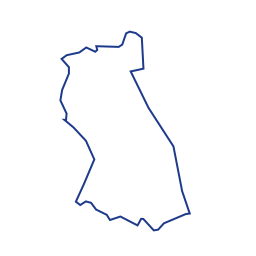 an SVG outline of Rhondda, Cynon, Taff, rotated 16°
{"feature_id": "GBR-2115", "entity_name": "Rhondda, Cynon, Taff", "entity_type": "Unitary Authority (wales)", "adm_level": 1, "iso_a3": "GBR", "parent_name": "United Kingdom", "parent_adm1": "", "projection": "equal_earth", "projection_center": [-3.436, 51.659], "detail": "fine", "context": "isolated", "style": "outline", "palette": "blue", "viewbox_px": 256, "rotation_deg": 16, "n_neighbors": 0, "source": "natural_earth", "source_scale": "10m", "svg_char_len": 705}
<svg xmlns="http://www.w3.org/2000/svg" viewBox="0 0 256 256"><g transform="rotate(16 128 128)"><path d="M177.1,133.8L197.4,173.7L210.9,193.2L207.4,194.7L188.8,209.7L185.0,217.4L181.9,218.9L181.0,219.3L167.8,211.2L165.7,211.7L164.0,219.0L145.1,215.2L136.0,221.4L131.5,217.3L119.8,215.2L113.1,210.1L107.7,210.2L103.3,215.2L98.2,213.2L101.0,194.6L104.3,167.5L91.1,151.9L75.5,142.5L64.6,137.7L66.2,137.3L65.0,131.1L55.4,120.1L54.2,109.6L56.2,92.0L54.4,85.8L45.1,79.9L49.0,74.9L60.4,68.8L65.7,62.1L75.5,63.7L76.9,61.5L75.0,58.1L96.7,52.6L99.5,49.4L100.1,37.6L103.1,34.9L109.3,34.6L116.4,37.4L126.5,66.7L115.0,72.9L142.2,103.0L176.8,133.2L177.1,133.8Z" fill="none" stroke="#1e3a8a" stroke-width="2"/></g></svg>